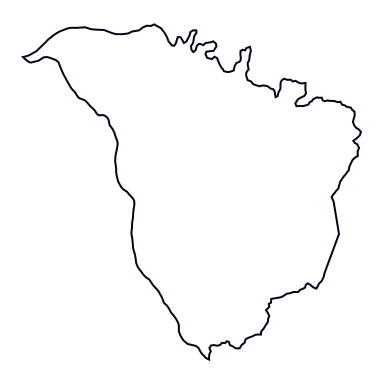 Guaíra, São Paulo, Brazil
{"feature_id": "56859067B77662640599677", "entity_name": "Guaíra", "entity_type": "district", "adm_level": 2, "iso_a3": "BRA", "parent_name": "Brazil", "parent_adm1": "São Paulo", "projection": "natural_earth1", "projection_center": [-48.367, -20.336], "detail": "fine", "context": "isolated", "style": "outline", "palette": "ink", "viewbox_px": 384, "rotation_deg": 0, "n_neighbors": 0, "source": "geoboundaries", "source_scale": "gbopen_adm2", "svg_char_len": 4275}
<svg xmlns="http://www.w3.org/2000/svg" viewBox="0 0 384 384"><path d="M97.0,29.7L90.9,29.2L85.2,27.3L75.9,27.9L73.7,27.8L71.5,27.8L69.3,28.0L66.5,28.8L59.1,31.7L54.1,34.8L48.2,39.5L45.7,42.2L36.5,51.1L29.1,55.3L26.1,56.3L23.0,57.0L24.5,58.5L27.0,60.6L29.0,62.0L31.0,62.6L33.6,61.9L38.3,60.8L43.7,57.4L46.5,57.0L48.9,57.5L51.8,58.5L55.9,60.1L58.5,62.3L60.7,68.0L63.3,74.0L64.7,76.6L67.9,82.5L69.4,85.1L71.5,88.6L75.4,92.7L76.8,95.4L79.1,98.1L82.4,99.3L84.3,100.1L86.1,101.3L90.0,105.8L92.0,107.7L94.6,110.3L97.1,114.1L99.1,115.4L102.3,115.0L104.5,115.5L107.2,117.5L108.7,120.2L109.5,124.8L112.5,129.0L114.4,132.7L115.3,135.8L117.2,141.0L117.7,143.5L117.2,147.5L115.5,155.7L115.1,161.4L115.7,164.9L116.2,169.5L116.2,172.4L116.8,176.4L118.2,181.6L120.0,185.0L121.4,187.3L123.5,189.5L126.9,191.7L129.5,194.8L131.6,197.0L133.3,199.0L134.2,201.1L134.4,204.3L133.5,210.3L133.2,213.2L133.0,216.5L132.7,219.6L132.2,222.4L132.0,225.7L131.9,228.7L131.4,232.4L131.6,234.9L132.2,238.1L132.8,243.7L133.1,248.1L133.8,250.8L135.0,254.7L135.8,259.8L136.2,263.1L137.5,266.4L139.4,269.4L142.0,272.7L143.3,274.6L146.4,277.7L149.3,279.5L151.5,282.9L152.7,284.7L156.6,289.1L158.2,290.8L161.8,297.2L162.8,299.7L163.9,302.8L167.1,305.8L169.3,309.1L171.0,312.5L172.5,314.2L174.2,316.3L176.0,318.8L178.2,322.9L178.9,325.7L178.9,331.3L180.3,335.5L182.0,338.1L183.5,340.5L187.6,343.9L191.3,344.9L193.7,345.3L196.1,346.1L198.4,347.8L200.3,351.3L201.8,353.7L204.0,355.9L206.1,358.1L209.1,359.6L209.0,357.3L209.4,354.1L210.8,351.3L209.4,348.0L211.2,345.4L213.8,345.1L217.7,345.7L220.2,344.9L221.9,342.9L225.2,343.1L226.6,341.3L228.8,341.7L229.9,345.0L233.4,346.7L235.9,348.4L239.7,348.3L241.7,344.9L244.5,342.9L245.7,339.1L248.9,337.6L252.3,336.4L255.2,334.9L257.4,334.5L261.0,334.5L261.2,331.5L263.6,328.7L265.7,325.2L268.0,321.8L268.2,318.3L269.3,316.2L267.8,312.8L266.0,310.1L269.3,306.9L268.8,303.8L271.0,302.7L271.2,299.0L274.0,298.4L276.2,298.1L278.4,297.7L281.4,297.1L284.2,295.5L287.0,293.6L289.4,293.4L293.4,292.0L296.0,292.0L298.3,292.0L300.1,289.8L302.8,288.8L305.0,287.6L305.9,284.7L307.7,283.3L310.1,284.6L313.3,287.4L316.3,288.6L317.6,286.5L318.9,283.8L321.9,280.7L323.8,276.6L324.6,272.9L339.0,234.0L334.5,206.9L333.9,203.0L333.2,200.6L331.7,197.5L332.9,194.8L334.5,193.2L336.3,190.6L338.3,188.7L338.9,186.2L340.2,181.7L342.5,178.2L344.3,175.8L345.8,174.2L347.2,172.1L348.8,170.2L349.3,166.8L351.1,162.9L352.7,159.8L354.9,157.7L357.8,156.0L357.7,153.3L357.7,151.0L359.1,148.1L357.3,144.3L354.6,142.8L353.3,140.8L356.7,138.3L359.7,135.5L361.0,132.0L358.7,129.4L356.0,127.7L354.2,125.3L352.9,121.8L353.7,119.0L354.7,115.6L354.5,111.7L352.1,109.7L350.7,107.5L347.3,107.0L344.4,105.2L342.1,104.7L340.4,101.8L337.5,102.1L334.3,101.0L330.0,100.9L327.5,100.4L324.8,101.3L322.7,100.3L321.8,97.7L319.7,97.8L316.7,97.4L313.1,99.3L311.7,101.3L309.7,102.2L308.4,104.5L305.8,105.4L302.7,106.1L299.4,105.9L296.5,106.2L295.3,103.4L297.9,99.3L300.4,97.8L304.4,95.9L306.0,93.4L305.4,89.2L305.5,82.9L302.2,83.4L299.9,83.2L297.7,82.2L295.5,80.8L292.8,81.5L290.7,79.7L287.5,79.9L284.0,78.7L281.6,80.5L280.6,82.7L280.5,85.6L280.4,88.9L278.4,92.6L277.6,96.1L275.6,97.1L275.0,94.0L274.7,91.7L273.4,89.4L270.5,88.5L267.8,86.3L264.5,85.5L262.1,85.5L259.8,86.3L255.5,85.1L252.9,83.9L251.0,81.4L247.7,80.2L246.1,75.5L246.3,72.7L248.7,69.1L247.9,66.2L247.7,63.1L249.2,60.2L249.7,55.4L250.9,50.6L249.9,46.8L246.3,48.1L245.1,50.4L242.9,49.7L240.5,51.0L240.4,54.9L240.9,58.5L240.3,60.9L238.6,62.3L236.4,62.9L234.5,66.5L233.8,70.4L230.3,71.7L227.6,72.1L224.0,71.2L222.8,69.2L221.3,67.4L219.6,64.3L217.0,58.0L214.4,56.8L212.0,59.1L207.2,57.9L205.5,54.3L206.3,51.7L209.1,51.3L211.2,51.0L213.4,51.0L216.4,46.5L216.0,43.7L213.4,41.4L210.3,42.3L208.0,42.7L205.5,43.1L203.3,45.1L200.7,44.1L198.7,44.0L196.8,46.0L195.5,50.4L193.2,52.0L191.5,49.9L190.9,46.0L192.7,43.7L193.4,41.5L194.2,36.1L196.4,32.9L196.3,30.4L192.8,30.4L190.3,32.2L189.6,35.3L186.5,41.4L183.9,43.0L181.8,39.2L180.6,37.2L177.8,37.1L176.9,39.8L175.7,43.7L174.2,45.7L172.0,45.5L168.4,41.1L167.4,38.2L165.7,34.7L164.2,32.2L162.7,30.5L161.1,28.3L158.7,26.9L156.8,25.9L154.2,24.4L151.2,25.9L146.5,25.8L143.0,27.4L138.9,30.4L132.2,31.5L128.1,33.5L122.0,34.2L115.9,34.1L112.4,33.2L104.0,30.0L100.3,29.8L97.0,29.7Z" fill="none" stroke="#020617" stroke-width="2"/></svg>